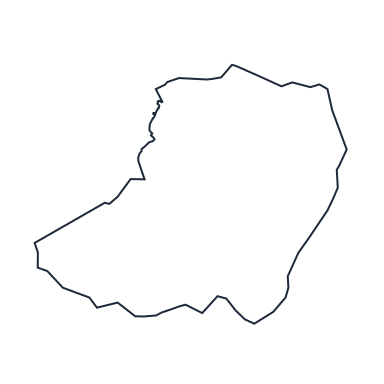 Irewole, Osun, Nigeria, rotated 104°
{"feature_id": "59680162B22633527707210", "entity_name": "Irewole", "entity_type": "district", "adm_level": 2, "iso_a3": "NGA", "parent_name": "Nigeria", "parent_adm1": "Osun", "projection": "orthographic", "projection_center": [4.216, 7.398], "detail": "fine", "context": "isolated", "style": "outline", "palette": "slate", "viewbox_px": 384, "rotation_deg": 104, "n_neighbors": 0, "source": "geoboundaries", "source_scale": "gbopen_adm2", "svg_char_len": 1334}
<svg xmlns="http://www.w3.org/2000/svg" viewBox="0 0 384 384"><g transform="rotate(104 192 192)"><path d="M279.5,332.4L288.0,326.9L302.7,323.4L303.7,313.3L316.1,294.2L317.8,279.5L319.2,266.1L327.2,256.2L317.3,237.4L326.3,217.1L324.5,208.8L320.4,196.8L316.5,192.6L310.9,183.9L305.9,176.4L302.9,171.0L307.0,152.8L286.9,142.0L287.1,132.9L296.3,121.1L302.8,109.9L304.7,99.7L288.7,84.2L271.8,75.7L261.6,75.3L250.6,78.7L225.3,74.1L207.4,67.1L177.1,56.1L164.0,53.4L152.6,51.6L135.4,56.9L130.7,55.5L113.3,52.2L78.8,75.7L59.3,85.5L56.8,94.4L61.6,102.5L61.4,121.2L67.8,130.8L62.9,157.5L61.6,165.1L59.0,180.3L59.0,184.0L73.7,191.4L77.0,198.8L79.2,204.6L84.6,232.2L91.3,242.6L94.5,244.2L100.9,252.0L111.7,242.6L112.2,243.0L111.5,245.8L112.3,247.1L113.4,246.6L114.7,246.9L115.9,244.7L116.3,244.5L117.4,244.8L118.6,244.5L119.5,245.6L120.2,245.3L122.3,246.1L123.9,246.3L124.6,247.9L124.7,248.5L125.7,248.3L125.5,247.1L125.6,246.4L127.9,246.8L130.0,247.5L130.0,247.9L133.2,248.5L133.8,248.7L136.3,249.3L141.7,248.5L143.0,247.7L143.8,246.4L144.8,244.7L146.9,245.6L147.1,245.5L147.2,245.0L148.6,242.5L150.0,241.1L150.9,241.6L152.4,242.6L153.8,245.4L158.6,248.4L162.7,251.3L164.6,250.9L167.5,252.2L172.0,252.5L175.3,251.3L191.2,241.1L194.3,254.7L214.4,262.9L223.5,269.3L223.6,274.1L279.5,332.4Z" fill="none" stroke="#1e293b" stroke-width="2"/></g></svg>